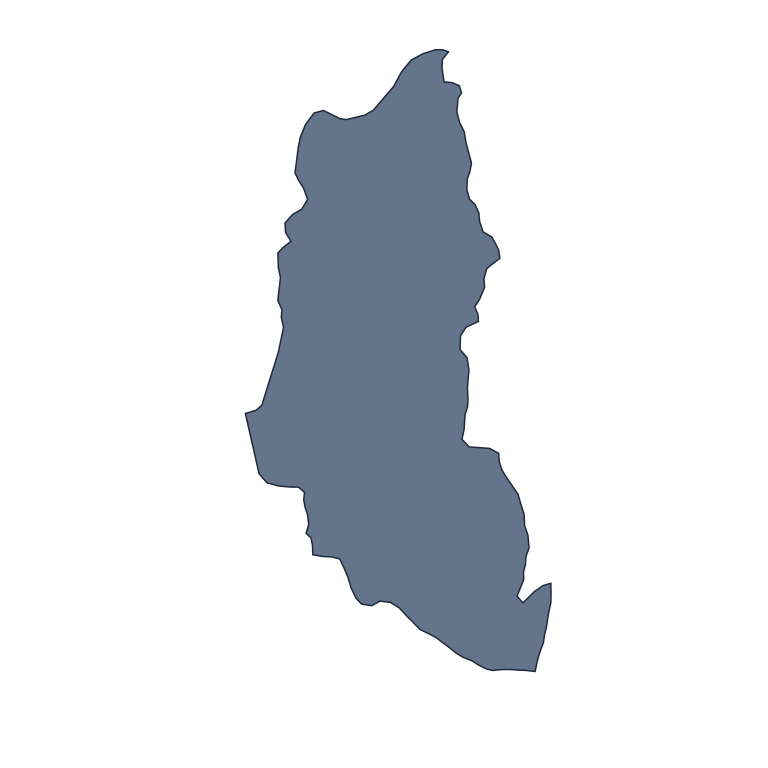 the district of Ibirarema, São Paulo, Brazil, rotated 167°
{"feature_id": "56859067B25335927627564", "entity_name": "Ibirarema", "entity_type": "district", "adm_level": 2, "iso_a3": "BRA", "parent_name": "Brazil", "parent_adm1": "São Paulo", "projection": "orthographic", "projection_center": [-50.087, -22.811], "detail": "fine", "context": "isolated", "style": "filled", "palette": "slate", "viewbox_px": 768, "rotation_deg": 167, "n_neighbors": 0, "source": "geoboundaries", "source_scale": "gbopen_adm2", "svg_char_len": 2090}
<svg xmlns="http://www.w3.org/2000/svg" viewBox="0 0 768 768"><g transform="rotate(167 384 384)"><path d="M301.4,69.9L297.2,79.1L293.1,86.6L286.9,96.0L283.8,103.9L280.7,109.9L275.1,123.9L270.5,133.7L268.1,143.6L266.3,152.3L274.3,151.8L283.8,148.1L297.9,139.5L302.1,147.3L296.3,155.6L291.8,162.1L290.3,169.6L286.9,176.1L284.5,183.9L279.5,191.8L277.8,204.3L278.8,214.7L276.8,225.5L277.8,237.8L278.2,246.5L281.9,255.9L285.8,265.7L288.3,273.2L289.2,282.1L287.9,290.7L295.6,297.5L306.5,300.9L315.1,303.5L320.5,312.5L316.1,321.9L311.9,335.9L307.7,343.1L305.6,350.3L303.6,361.3L301.2,369.1L298.1,378.5L297.2,391.0L302.1,400.4L298.7,413.6L291.4,420.8L277.9,423.8L276.8,431.0L278.3,438.9L271.9,444.9L264.3,455.5L263.0,463.9L258.0,473.2L251.1,476.7L242.8,480.4L242.1,488.7L243.8,495.8L245.9,503.0L253.2,509.9L254.3,520.5L253.1,529.5L255.0,538.4L259.1,544.9L259.5,554.7L256.8,564.9L252.9,570.9L249.1,579.3L249.5,591.6L249.8,600.5L249.1,611.6L251.5,621.9L251.8,632.8L247.6,645.7L242.9,650.3L243.5,657.6L249.8,662.3L257.5,664.8L256.4,678.8L254.0,687.2L246.4,693.2L251.9,696.6L258.7,698.1L272.0,697.0L284.6,693.5L291.7,688.2L297.3,683.6L307.4,672.0L332.8,653.2L342.2,650.3L361.3,650.1L367.3,652.5L381.4,664.1L391.1,663.8L402.2,654.4L409.9,643.4L414.1,634.4L423.2,609.7L421.5,601.9L418.3,592.8L416.9,581.0L424.8,572.8L434.7,569.9L444.3,563.1L445.8,553.7L442.6,543.9L451.9,539.6L457.9,535.5L460.7,521.5L461.0,510.9L464.8,500.1L468.7,489.2L466.7,479.3L469.0,472.4L469.2,461.6L479.9,438.6L507.7,391.0L514.3,387.2L525.7,386.5L525.9,324.6L520.3,314.1L509.7,308.4L499.7,305.0L490.6,302.8L485.8,296.3L488.3,289.1L488.6,281.6L487.9,274.0L489.0,263.9L493.5,256.1L489.7,250.3L490.0,242.8L491.8,233.7L483.1,229.9L473.7,227.2L466.4,223.4L464.4,214.0L462.6,203.9L461.9,192.6L459.5,181.7L455.3,174.5L445.8,170.8L436.7,173.3L427.1,169.9L419.5,162.4L413.6,152.1L408.7,144.3L404.1,136.7L395.8,129.9L390.6,125.5L385.8,119.8L379.1,111.8L374.2,105.5L368.7,100.1L360.9,94.8L355.4,89.2L348.7,83.6L342.9,80.5L332.5,79.1L324.1,77.1L317.1,74.9L309.8,72.9L301.4,69.9Z" fill="#64748b" stroke="#1e293b" stroke-width="1.5"/></g></svg>